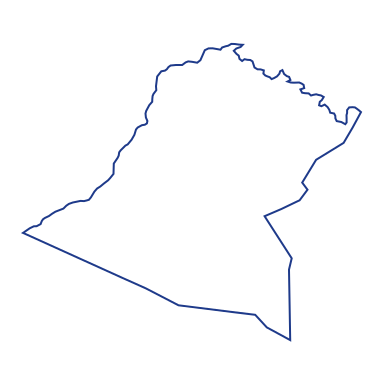 São João da Serra, Piauí, Brazil (Albers equal-area conic projection)
{"feature_id": "56859067B35115025171603", "entity_name": "São João da Serra", "entity_type": "district", "adm_level": 2, "iso_a3": "BRA", "parent_name": "Brazil", "parent_adm1": "Piauí", "projection": "albers", "projection_center": [-41.863, -5.546], "detail": "fine", "context": "isolated", "style": "outline", "palette": "blue", "viewbox_px": 384, "rotation_deg": 0, "n_neighbors": 0, "source": "geoboundaries", "source_scale": "gbopen_adm2", "svg_char_len": 2111}
<svg xmlns="http://www.w3.org/2000/svg" viewBox="0 0 384 384"><path d="M23.0,232.9L122.4,277.9L145.9,288.4L178.5,305.3L232.0,312.0L255.2,314.8L260.0,320.0L266.8,327.4L290.2,340.1L289.0,269.6L291.7,258.3L272.3,228.2L264.6,216.2L281.4,209.0L296.6,201.7L299.6,200.3L307.5,189.7L302.2,182.6L316.1,159.8L343.6,142.9L352.6,127.6L361.0,112.1L358.9,110.3L356.8,108.7L354.9,107.4L352.5,107.2L349.2,107.4L347.1,110.1L347.1,113.0L346.5,115.1L346.6,118.7L346.6,122.5L345.3,124.2L341.3,122.0L336.7,121.1L335.4,118.4L335.3,115.8L334.1,113.5L330.2,112.7L329.3,109.8L327.6,107.1L324.7,104.6L321.4,106.2L319.1,105.3L319.8,101.8L321.8,100.1L323.7,97.0L320.9,95.4L318.7,95.0L316.2,94.3L313.5,94.8L311.0,95.5L308.7,93.4L305.0,93.2L302.1,92.7L300.4,89.4L304.2,88.1L303.6,84.9L301.7,83.6L299.2,82.5L296.4,82.6L293.6,82.7L290.7,82.5L287.6,81.5L290.4,80.0L289.1,76.9L286.8,76.1L284.1,74.0L282.4,70.1L280.1,71.3L279.4,73.7L277.0,76.4L274.0,78.1L271.6,79.1L269.7,77.2L267.4,76.4L265.3,75.5L263.4,73.6L263.8,70.4L260.6,69.4L257.5,69.3L254.5,67.5L253.5,64.4L252.5,61.4L250.3,60.0L247.3,59.8L244.5,59.2L242.1,61.0L239.5,58.9L238.7,55.6L236.5,53.9L233.8,50.8L236.3,48.5L240.6,47.0L242.7,44.8L239.1,44.6L234.8,44.0L231.3,43.9L228.2,45.7L225.6,46.3L222.1,47.5L220.5,49.7L216.6,49.0L212.6,48.3L208.5,48.4L204.8,50.2L202.3,55.9L200.4,60.2L197.2,62.7L192.0,61.8L188.2,61.4L185.6,62.4L182.2,65.0L175.9,65.0L170.6,65.5L168.4,67.1L166.9,69.2L165.0,70.6L161.3,71.3L157.2,76.5L156.0,86.2L156.3,90.2L153.5,93.9L152.6,96.0L152.3,99.1L152.2,101.8L149.3,105.1L146.2,110.9L145.5,113.5L145.9,117.5L147.4,121.0L146.9,123.4L144.9,124.7L141.9,125.2L137.7,127.5L136.0,129.5L134.4,134.8L131.6,139.7L127.7,144.4L125.4,145.6L120.7,150.3L119.2,152.3L118.7,155.6L117.6,157.9L113.8,163.5L113.5,173.9L110.1,178.1L108.1,180.3L103.9,183.5L100.3,186.5L97.1,188.5L94.4,191.6L90.9,197.4L88.9,199.8L86.5,200.5L84.0,201.1L80.5,200.9L76.7,201.7L72.8,202.5L68.9,203.9L66.3,205.7L63.4,208.6L59.0,210.3L55.4,211.7L52.0,213.8L49.0,216.0L45.0,217.9L43.1,219.2L41.8,221.0L40.6,224.1L36.6,226.2L33.8,226.3L29.7,228.3L23.0,232.9Z" fill="none" stroke="#1e3a8a" stroke-width="2"/></svg>